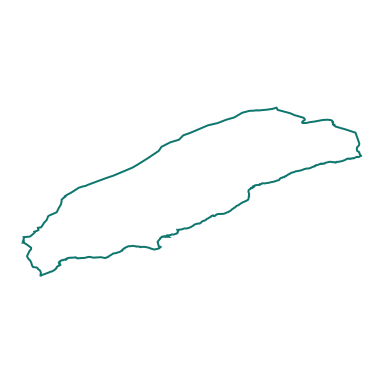 the district of Leksvik nor, Nord-Trøndelag, Norway
{"feature_id": "86288312B18115078768764", "entity_name": "Leksvik nor", "entity_type": "district", "adm_level": 2, "iso_a3": "NOR", "parent_name": "Norway", "parent_adm1": "Nord-Trøndelag", "projection": "robinson", "projection_center": [10.469, 63.661], "detail": "fine", "context": "isolated", "style": "outline", "palette": "teal", "viewbox_px": 384, "rotation_deg": 0, "n_neighbors": 0, "source": "geoboundaries", "source_scale": "gbopen_adm2", "svg_char_len": 5879}
<svg xmlns="http://www.w3.org/2000/svg" viewBox="0 0 384 384"><path d="M272.4,108.9L267.5,109.6L259.3,110.4L257.6,110.5L257.0,110.2L256.5,110.4L255.4,110.4L253.8,110.7L249.7,110.8L242.3,112.7L234.1,117.5L226.3,119.7L217.6,123.1L208.0,125.3L190.2,132.9L183.3,135.3L179.0,139.7L170.3,142.3L161.5,146.8L158.7,150.9L148.3,157.9L137.3,164.8L132.5,167.6L113.5,175.6L105.5,178.3L87.4,185.0L86.0,185.8L82.3,186.6L80.4,187.3L79.2,187.5L70.6,193.0L68.1,194.2L64.9,196.2L65.3,196.7L63.6,197.9L61.7,199.6L61.4,202.7L60.7,204.9L58.6,208.3L56.9,212.0L55.8,212.7L53.2,213.8L49.1,215.6L48.5,216.0L48.0,216.5L47.0,219.4L46.5,220.2L43.5,223.4L43.4,224.0L41.1,227.3L37.9,227.8L38.4,229.6L38.4,230.1L36.5,231.0L34.3,231.7L34.7,232.5L32.2,234.8L30.0,236.5L29.0,236.7L23.6,237.1L23.8,238.4L23.8,238.9L23.6,239.7L23.4,240.0L23.5,240.1L23.3,240.2L23.4,240.6L23.0,241.5L23.4,241.6L23.4,241.8L23.6,241.9L23.2,242.3L23.5,242.6L23.4,242.7L23.7,242.7L27.1,244.7L31.1,247.7L31.1,249.2L29.6,250.8L27.0,256.2L28.0,258.2L28.8,259.3L30.2,260.5L31.4,263.1L32.0,265.3L33.0,267.0L37.3,267.7L37.9,268.9L39.9,270.4L40.9,272.5L40.4,276.3L40.8,275.7L42.1,274.9L44.0,274.3L48.0,272.8L49.3,272.4L49.6,272.0L52.0,271.4L54.6,270.0L54.7,269.7L55.2,269.2L56.4,268.4L56.6,267.8L56.5,267.5L57.1,266.7L57.7,266.2L58.2,266.1L58.9,265.6L59.6,265.5L59.7,264.9L60.0,264.8L59.6,264.4L59.8,264.2L59.4,263.9L59.4,263.6L59.5,263.5L58.9,263.0L59.0,262.6L59.6,262.4L59.5,262.0L59.3,261.9L59.7,261.4L60.4,261.2L60.9,260.6L62.2,260.1L62.9,260.3L63.3,259.9L64.0,259.7L65.4,259.8L65.9,259.7L66.2,259.5L66.2,259.3L65.8,259.7L65.0,259.6L65.6,259.4L65.4,259.3L67.3,258.3L69.0,257.8L69.9,257.7L70.3,257.9L70.7,257.7L74.0,257.6L75.5,257.3L75.9,257.4L76.5,258.1L78.3,258.4L78.7,258.2L84.7,257.9L88.1,257.0L89.0,256.9L90.5,257.0L92.2,257.5L94.3,257.6L100.9,257.2L105.4,258.1L106.5,257.4L108.0,257.1L108.4,256.5L111.3,254.8L112.9,253.7L114.8,253.2L115.6,253.2L117.6,252.5L119.1,252.1L120.3,251.6L120.8,251.2L122.0,250.8L122.3,250.3L122.3,249.8L123.1,249.5L123.2,249.2L123.5,248.7L124.6,248.4L124.7,248.0L125.2,247.7L128.5,246.2L130.2,246.2L132.0,246.0L132.7,245.8L136.1,246.4L136.2,246.2L136.1,246.4L136.4,246.6L137.1,246.4L139.2,246.7L139.6,246.9L139.5,247.2L139.9,246.8L140.3,246.9L140.0,247.0L140.7,247.2L141.5,246.9L145.0,246.9L148.7,247.7L152.2,249.0L154.2,249.5L157.2,248.9L158.7,248.4L159.0,248.4L160.6,247.0L160.2,246.7L159.3,246.8L158.7,246.0L158.6,245.2L158.1,244.2L158.0,243.0L157.8,242.6L157.6,241.9L158.5,240.6L159.8,239.2L159.2,239.1L159.8,239.0L160.2,238.3L160.8,237.8L161.1,237.9L160.8,237.7L161.8,236.8L162.4,236.9L163.5,236.5L163.9,236.7L164.2,236.8L164.4,236.7L163.9,236.7L163.5,236.4L164.5,236.2L165.5,236.4L165.6,236.8L166.1,236.6L167.9,236.9L168.0,236.8L167.7,236.6L168.6,236.7L167.8,236.0L166.7,235.7L167.2,235.3L169.7,235.4L170.0,235.1L171.4,234.7L171.8,234.4L173.5,234.6L176.8,233.5L176.9,233.2L177.5,233.0L177.7,232.6L177.9,231.3L178.1,231.1L177.5,230.6L177.4,230.1L177.9,230.3L178.1,230.2L177.6,230.1L177.9,230.1L178.5,229.7L180.2,229.6L181.9,229.3L184.5,228.4L186.4,228.5L188.3,228.1L191.0,227.0L193.1,225.7L194.3,224.7L195.2,224.3L197.7,223.6L199.8,223.5L200.4,222.9L201.3,222.4L201.8,221.7L202.5,221.2L205.0,220.4L205.4,220.0L205.9,219.8L206.7,219.0L208.5,218.2L209.5,217.4L210.8,216.9L211.1,216.3L211.9,215.9L212.0,215.7L213.2,215.5L213.3,215.7L213.8,215.9L213.9,216.1L214.4,216.1L214.8,215.8L215.5,215.5L215.6,215.3L216.2,214.7L217.5,214.2L218.2,214.0L222.3,213.9L223.7,213.8L225.4,213.2L226.9,212.4L228.3,212.1L228.8,211.6L229.7,211.2L230.5,210.6L231.0,210.4L232.1,209.2L233.1,208.7L233.6,208.4L234.0,207.8L235.3,207.3L235.8,206.5L237.0,205.7L238.0,205.4L238.7,205.0L240.6,203.6L242.2,202.6L244.4,201.6L245.8,201.1L247.6,200.0L248.0,199.8L248.4,199.2L248.5,198.4L248.7,197.6L248.7,197.1L248.8,196.7L249.1,196.5L249.0,196.2L248.9,195.6L249.1,195.2L249.0,194.1L249.2,193.8L248.8,192.9L248.5,192.0L248.5,190.7L248.7,190.2L249.3,189.5L250.9,188.6L251.8,187.9L250.2,188.1L251.5,187.8L252.5,187.9L253.5,187.2L253.7,186.9L253.3,187.1L252.7,187.0L252.7,186.7L252.9,186.4L253.9,186.0L254.2,186.4L253.7,186.8L253.8,186.8L254.3,186.4L254.1,185.9L254.9,185.4L256.3,185.1L259.5,184.9L260.7,184.5L259.6,184.4L259.7,184.2L261.2,184.0L261.5,183.7L261.9,183.4L262.9,183.3L264.8,183.4L269.6,182.6L270.9,182.2L274.1,181.6L277.9,180.3L278.7,180.2L279.4,179.7L279.7,178.9L280.4,178.3L281.5,177.8L282.4,177.7L282.6,177.4L283.4,177.1L284.1,177.1L284.3,176.7L284.9,176.4L285.7,176.4L285.9,175.9L287.2,175.3L287.7,174.8L289.1,174.2L289.3,173.9L289.7,173.9L290.2,173.4L292.0,172.6L293.0,172.3L293.9,172.2L295.0,171.6L295.7,171.4L301.0,170.4L304.6,169.0L305.0,169.0L306.3,168.5L308.2,168.5L310.1,168.1L312.6,166.9L314.9,166.3L315.3,166.0L315.0,165.8L315.2,165.7L315.7,165.3L318.2,164.8L320.6,163.7L321.7,163.7L321.4,164.0L321.5,164.0L321.9,163.9L321.9,163.7L322.2,163.6L322.9,163.6L323.1,163.8L323.7,163.7L324.7,163.5L324.8,163.3L324.6,163.2L325.1,162.9L329.6,161.8L330.9,161.8L332.4,162.2L333.7,162.1L334.5,162.4L334.9,162.3L335.7,162.6L335.9,162.1L336.4,161.9L338.0,161.9L342.0,161.1L345.3,159.9L346.4,159.1L347.9,158.6L348.7,158.6L348.7,158.8L349.2,158.9L350.6,158.6L350.8,158.8L351.6,158.4L352.9,158.2L353.1,158.4L353.7,158.1L354.4,158.1L355.3,157.5L357.0,156.8L358.4,157.1L358.8,157.0L360.0,156.3L361.0,155.8L359.7,154.1L359.2,152.2L358.7,152.0L358.4,151.6L357.2,150.9L356.8,149.2L357.0,147.6L359.1,145.1L359.3,143.5L355.5,132.7L345.8,129.5L335.7,126.6L334.2,125.5L334.5,125.3L334.6,125.1L334.5,124.8L333.6,124.7L333.0,124.4L332.9,123.9L333.0,123.6L332.9,123.3L333.2,122.7L333.1,122.1L332.3,121.9L332.3,121.0L332.1,120.7L330.9,120.1L327.3,119.7L322.7,120.0L314.2,121.6L310.1,122.1L306.7,122.9L303.3,123.1L302.5,122.9L302.2,122.7L302.1,122.3L302.3,121.8L302.8,121.3L304.7,120.0L304.8,119.5L304.6,118.9L304.3,118.4L303.1,117.6L294.4,115.1L290.1,113.2L277.7,109.9L276.5,107.7L272.4,108.9Z" fill="none" stroke="#0f766e" stroke-width="2"/></svg>